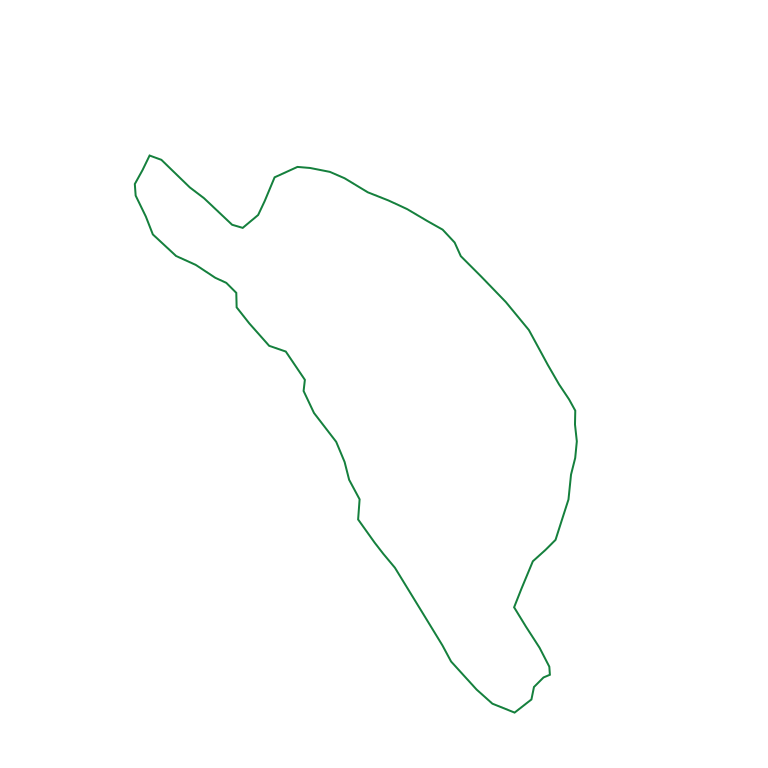 the district of Lidingö, Stockholm, Sweden, rotated 225°
{"feature_id": "70781695B7495287433606", "entity_name": "Lidingö", "entity_type": "district", "adm_level": 2, "iso_a3": "SWE", "parent_name": "Sweden", "parent_adm1": "Stockholm", "projection": "robinson", "projection_center": [18.171, 59.365], "detail": "fine", "context": "isolated", "style": "outline", "palette": "green", "viewbox_px": 768, "rotation_deg": 225, "n_neighbors": 0, "source": "geoboundaries", "source_scale": "gbopen_adm2", "svg_char_len": 1094}
<svg xmlns="http://www.w3.org/2000/svg" viewBox="0 0 768 768"><g transform="rotate(225 384 384)"><path d="M246.4,261.8L192.7,248.9L157.9,240.5L140.3,235.2L102.4,233.4L81.3,234.6L59.3,244.0L56.7,265.2L63.7,275.8L63.7,289.3L61.1,295.7L67.2,301.0L87.5,307.5L112.1,312.8L134.1,318.1L142.0,336.3L153.4,363.9L152.5,381.0L152.5,395.1L162.2,413.9L171.9,432.8L187.7,452.2L196.5,466.9L207.1,479.8L220.3,490.4L229.9,500.4L242.3,504.0L259.9,507.5L281.9,513.4L297.7,518.1L319.7,524.6L355.8,528.1L391.0,528.7L420.1,528.7L434.1,534.0L451.7,534.6L468.5,529.9L491.4,524.0L510.7,516.9L531.0,508.1L557.4,501.6L572.3,495.7L589.0,484.5L598.7,476.3L607.5,452.8L597.8,429.2L592.5,414.5L594.3,394.5L604.0,389.2L642.7,388.1L660.3,385.7L699.9,385.1L711.3,379.8L706.0,364.5L701.6,349.2L692.8,341.6L670.8,334.0L653.2,326.3L621.5,327.5L601.3,335.1L578.4,339.8L567.0,344.0L552.9,344.0L542.4,334.0L522.1,331.6L492.2,329.8L476.4,337.5L442.9,331.0L435.9,322.2L413.0,314.0L376.9,309.3L356.7,301.0L340.9,291.6L319.7,285.2L306.5,269.9L278.4,265.2L264.3,263.4L246.4,261.8Z" fill="none" stroke="#15803d" stroke-width="2"/></g></svg>